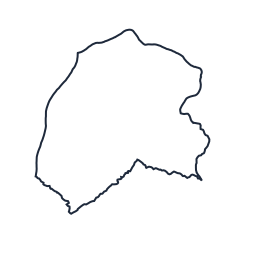 Xienghone, Xaignabouri, Laos (Mercator projection), rotated 13°
{"feature_id": "54806243B61496088664088", "entity_name": "Xienghone", "entity_type": "district", "adm_level": 2, "iso_a3": "LAO", "parent_name": "Laos", "parent_adm1": "Xaignabouri", "projection": "mercator", "projection_center": [100.862, 19.697], "detail": "fine", "context": "isolated", "style": "outline", "palette": "slate", "viewbox_px": 256, "rotation_deg": 13, "n_neighbors": 0, "source": "geoboundaries", "source_scale": "gbopen_adm2", "svg_char_len": 5734}
<svg xmlns="http://www.w3.org/2000/svg" viewBox="0 0 256 256"><g transform="rotate(13 128 128)"><path d="M48.9,196.0L49.9,196.1L51.1,197.1L52.1,197.3L52.7,197.2L54.1,198.2L55.3,199.6L57.4,200.2L58.0,200.3L58.2,201.9L59.3,202.4L61.0,202.6L62.3,202.8L64.6,202.1L65.8,204.2L66.3,204.6L66.7,204.6L67.2,204.3L69.6,205.5L70.9,206.0L73.0,206.3L73.5,207.0L74.5,206.9L78.5,209.1L79.2,210.6L79.7,211.3L81.3,212.2L83.1,212.9L85.4,212.8L85.9,212.7L87.0,213.9L87.2,214.3L86.0,215.7L85.4,216.3L86.8,217.4L88.7,217.7L89.2,219.3L89.3,221.4L89.2,222.9L90.9,224.0L91.9,224.3L93.8,222.5L95.8,220.9L96.7,219.9L97.3,219.2L97.3,218.2L100.1,214.6L102.0,212.5L102.9,212.0L104.4,211.9L106.1,210.4L107.9,208.6L109.9,207.3L111.5,206.7L112.7,203.0L114.2,202.2L115.0,200.9L115.3,199.9L115.7,198.8L116.2,198.2L117.0,198.1L117.9,197.7L118.8,195.8L119.1,195.3L120.3,194.5L121.0,193.9L121.4,192.2L122.5,190.3L123.4,189.0L124.5,187.7L124.9,186.7L125.2,186.4L126.2,186.2L127.5,185.9L129.3,185.3L130.3,184.5L130.7,183.6L130.4,182.7L129.7,182.1L129.4,181.4L129.4,180.7L130.3,180.2L132.4,179.4L133.0,178.6L132.4,177.3L133.1,177.3L133.8,177.1L134.7,176.2L135.0,174.2L135.4,173.7L135.7,173.3L135.7,172.5L137.3,172.0L138.1,171.8L138.2,171.4L137.5,170.6L137.7,170.2L138.1,169.8L139.9,169.6L141.0,165.4L142.1,162.7L142.3,160.3L142.8,159.4L143.8,158.2L144.2,156.7L145.5,156.9L148.8,158.3L150.5,159.2L151.2,160.0L153.1,160.3L153.7,161.0L154.3,162.2L154.8,162.7L156.1,161.7L157.1,161.0L159.3,160.9L160.6,161.3L162.1,162.4L163.9,161.0L164.6,160.9L168.0,161.6L169.1,161.2L170.6,161.8L172.2,161.2L173.6,161.3L175.6,162.2L177.3,163.5L178.7,163.8L179.9,163.2L181.2,161.5L182.4,160.2L183.0,160.1L186.4,160.8L188.7,160.6L189.4,160.8L190.6,161.3L192.0,162.4L192.4,162.5L193.3,162.2L193.6,161.9L194.2,162.0L196.6,163.2L197.0,163.3L197.7,162.6L198.9,162.0L200.2,159.6L200.9,159.1L201.6,158.9L203.0,159.1L204.4,159.5L205.6,159.6L206.1,159.6L207.4,161.3L207.7,161.5L207.9,161.4L208.6,161.0L209.1,161.2L210.0,161.6L211.7,162.6L211.3,162.0L211.0,161.7L210.6,161.2L210.2,160.8L209.7,160.4L209.2,159.8L208.5,159.1L207.5,158.4L206.5,157.6L205.4,156.4L204.9,156.0L204.6,155.3L203.7,153.7L203.5,152.8L203.1,151.4L202.8,150.0L202.5,148.9L202.5,147.7L202.7,146.7L201.7,142.8L202.3,140.9L203.3,139.1L205.4,138.1L206.0,136.7L207.5,135.6L207.8,135.0L208.0,132.8L207.8,131.4L208.8,129.5L209.6,127.8L210.2,122.8L209.8,120.7L207.3,117.7L205.2,117.4L203.8,116.2L202.5,114.0L201.5,112.9L199.0,112.7L198.5,111.1L198.2,109.1L197.2,107.9L196.2,107.8L195.0,107.9L192.6,108.0L191.2,108.1L190.5,108.4L190.2,107.9L189.4,107.7L188.2,106.8L187.3,105.7L186.7,104.6L186.1,103.6L185.2,102.3L184.1,101.3L183.2,100.7L182.3,100.8L180.8,101.3L179.5,101.8L177.3,101.9L176.5,101.8L176.1,101.8L175.2,99.9L174.7,98.4L174.7,97.4L175.1,95.6L175.6,93.6L175.9,93.0L176.4,91.4L176.9,90.4L177.4,88.7L178.0,86.9L178.4,86.0L179.5,84.9L180.7,84.0L181.8,83.3L183.3,82.5L185.3,81.5L186.0,81.2L186.9,80.5L187.7,79.6L188.1,78.8L188.5,78.2L189.0,76.6L189.4,74.7L189.6,73.7L189.6,72.0L189.4,70.6L189.1,69.0L188.6,67.9L188.3,67.0L187.8,66.2L187.5,64.6L187.5,63.4L187.6,62.6L187.7,61.8L187.4,61.5L187.3,61.2L187.2,60.5L187.1,59.6L187.3,59.0L187.4,57.8L187.3,56.9L187.0,56.1L186.5,55.2L186.0,54.8L185.7,54.4L185.3,54.1L184.8,53.8L184.3,53.7L183.4,53.6L182.6,53.5L182.0,53.5L181.1,53.5L180.1,53.3L179.9,53.3L179.6,53.3L179.4,53.4L178.9,53.5L178.2,53.4L177.4,53.2L176.7,53.0L175.3,52.8L174.5,52.4L173.4,51.9L171.3,50.7L170.5,50.3L169.3,49.5L169.0,49.2L168.4,48.8L167.7,48.3L167.0,47.6L166.0,46.6L165.2,45.9L164.1,45.5L163.2,45.1L162.3,44.8L160.8,44.4L160.3,44.2L159.2,44.0L158.5,44.0L157.8,43.8L157.2,43.6L156.6,43.4L156.0,43.2L155.5,43.2L154.7,43.1L154.2,42.9L153.8,42.8L153.3,42.7L153.1,42.6L152.9,42.6L152.6,42.5L151.5,42.5L150.8,42.4L149.0,42.2L148.4,42.3L147.7,42.2L147.2,42.1L146.1,41.8L145.5,41.7L144.9,41.6L144.2,41.5L143.5,41.3L142.7,41.2L141.9,40.9L141.0,40.7L140.1,40.6L139.4,40.6L138.9,40.5L138.4,40.5L137.6,40.4L137.2,40.4L136.8,40.4L136.2,40.4L135.5,40.5L134.8,40.6L134.2,40.7L133.9,40.9L133.4,41.0L132.3,41.3L131.1,41.5L130.0,41.7L128.6,42.0L127.7,42.4L127.2,42.6L126.5,42.9L126.0,43.0L125.5,43.0L124.8,42.8L124.5,42.7L123.6,42.3L123.1,42.0L122.5,41.6L121.7,41.2L120.4,40.3L119.4,39.8L119.0,39.5L118.7,39.2L118.2,38.6L117.7,38.0L116.9,37.1L116.2,36.4L115.5,35.9L114.3,34.8L113.2,34.0L112.3,33.2L111.7,32.7L111.0,32.2L110.3,31.9L109.0,31.7L107.9,31.8L107.2,31.9L106.4,32.2L105.3,32.7L104.2,33.2L103.6,33.7L103.2,34.0L102.8,34.3L102.1,35.0L101.6,35.6L101.1,36.3L100.1,37.6L98.8,38.8L98.1,39.4L97.6,39.9L96.2,41.2L95.6,41.8L95.2,42.3L94.8,42.4L94.5,42.7L94.1,43.0L93.9,43.1L93.3,43.7L92.5,44.3L91.6,44.9L90.8,45.5L90.1,46.0L89.5,46.5L88.4,47.3L87.8,47.7L87.0,48.2L86.2,48.6L85.7,49.1L84.9,49.7L84.3,50.0L83.4,50.6L82.4,51.0L81.4,51.3L80.2,51.7L79.2,51.8L78.3,52.1L77.7,52.3L77.2,52.6L76.1,53.4L74.8,54.3L74.1,55.0L73.6,55.6L72.6,56.7L71.5,57.7L70.8,58.7L70.3,59.4L70.2,59.6L69.6,60.3L69.3,60.8L68.2,61.8L67.8,62.3L67.3,62.8L66.2,63.7L65.9,64.1L65.4,64.4L65.1,64.6L64.1,65.2L63.6,65.4L62.9,65.8L62.2,66.1L62.2,66.6L62.4,67.4L62.6,68.5L62.9,70.1L63.0,71.8L63.2,73.3L63.2,75.2L62.9,76.8L62.6,79.1L62.0,81.1L60.9,83.2L60.6,84.8L60.2,86.7L59.5,88.2L58.5,91.1L57.7,92.8L56.6,95.6L55.3,97.6L54.0,99.9L52.7,102.4L51.7,104.6L50.2,106.7L49.3,108.9L48.3,110.9L47.4,113.0L46.7,115.1L45.8,117.6L45.3,119.2L44.9,121.4L44.6,124.0L44.3,127.0L44.3,130.1L44.8,132.5L45.4,135.1L45.6,136.9L46.2,139.6L46.8,142.0L47.6,144.5L47.8,146.6L47.8,151.7L47.7,154.5L47.5,156.5L47.3,158.6L47.0,160.4L46.7,161.8L46.7,164.0L46.6,166.2L46.3,167.6L45.9,170.2L45.7,172.4L45.6,174.5L45.6,176.7L46.1,179.4L46.4,180.9L46.7,182.7L47.2,184.5L47.6,186.2L48.2,188.4L48.6,190.9L48.7,192.7L48.8,194.1L48.9,195.3L48.9,196.0Z" fill="none" stroke="#1e293b" stroke-width="2"/></g></svg>